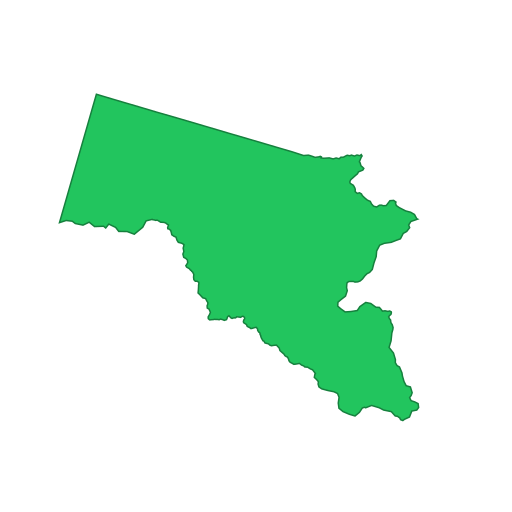 the district of Trinity, California, United States of America, rotated 106°
{"feature_id": "52423323B42866910888908", "entity_name": "Trinity", "entity_type": "district", "adm_level": 2, "iso_a3": "USA", "parent_name": "United States of America", "parent_adm1": "California", "projection": "orthographic", "projection_center": [-122.97, 40.671], "detail": "fine", "context": "isolated", "style": "filled", "palette": "green", "viewbox_px": 512, "rotation_deg": 106, "n_neighbors": 0, "source": "geoboundaries", "source_scale": "gbopen_adm2", "svg_char_len": 4594}
<svg xmlns="http://www.w3.org/2000/svg" viewBox="0 0 512 512"><g transform="rotate(106 256 256)"><path d="M249.4,365.9L249.6,365.6L249.5,364.6L249.3,363.3L249.5,362.7L249.4,362.3L249.3,362.0L249.0,361.6L248.8,360.4L249.8,357.0L249.1,353.9L249.1,352.1L249.8,350.5L250.3,348.7L252.1,348.7L252.9,348.8L254.1,348.3L254.0,347.5L254.8,345.2L256.6,344.0L258.8,342.8L259.7,340.1L259.9,338.1L262.5,336.4L264.3,334.4L264.2,330.9L264.9,328.4L266.7,328.2L268.5,328.2L271.6,326.6L274.3,326.8L277.2,325.1L277.7,322.8L278.7,320.9L281.2,319.8L283.6,320.4L284.5,320.8L285.3,320.2L285.8,319.6L286.6,316.5L287.7,315.0L287.7,314.4L288.0,313.9L288.4,313.7L288.9,312.5L290.9,310.7L293.6,310.2L295.9,309.2L297.0,307.4L296.5,305.7L297.0,303.8L298.3,303.3L299.8,303.2L301.2,302.8L304.3,302.1L307.5,301.5L308.6,299.4L310.9,295.6L310.8,292.7L312.7,291.0L314.1,289.4L315.6,289.1L317.3,289.3L319.5,288.5L320.0,286.5L322.7,284.3L324.9,284.5L327.8,285.2L329.4,284.6L330.2,282.9L329.6,281.5L328.8,279.3L328.3,278.5L328.1,277.3L327.6,275.6L327.4,273.8L326.4,272.7L326.4,270.3L326.6,268.7L325.3,266.8L323.4,266.6L322.2,266.6L320.9,265.6L321.4,264.6L322.3,263.3L322.6,261.8L322.1,261.1L321.3,259.9L321.4,259.4L321.1,258.6L320.7,258.3L319.7,257.8L319.6,256.9L319.5,256.2L319.4,255.7L319.3,255.1L319.2,253.9L317.9,252.7L317.5,251.9L318.1,250.3L318.8,249.8L319.8,249.6L320.7,250.1L322.4,250.1L323.5,249.5L323.9,248.2L324.5,246.3L326.1,245.0L326.6,242.3L327.2,240.9L326.6,239.7L325.4,237.9L324.5,236.1L325.7,234.4L327.0,233.9L328.4,232.4L328.4,231.8L329.1,230.9L330.4,230.4L331.2,229.5L332.2,229.1L333.5,228.1L335.6,225.9L335.5,225.3L336.0,224.5L337.1,223.5L337.1,221.9L337.0,219.8L337.9,218.0L338.0,216.4L336.9,214.1L336.0,211.7L336.8,210.5L338.0,208.4L340.3,206.9L341.7,204.0L342.7,201.9L343.8,200.8L344.4,199.0L344.4,198.0L345.8,196.6L347.6,195.4L348.4,194.5L348.8,193.6L349.1,192.1L349.7,189.8L349.0,188.1L347.3,184.6L348.3,182.1L348.5,179.8L349.2,178.7L348.9,176.8L348.6,175.8L349.3,173.5L349.7,171.6L349.7,170.3L350.1,169.9L351.0,168.6L352.2,167.1L352.7,166.5L353.3,166.8L356.6,166.5L357.9,164.0L359.6,161.4L362.0,161.0L364.5,159.4L365.6,156.2L365.5,149.8L365.0,143.7L365.7,139.7L369.0,137.2L374.7,136.4L379.5,134.3L381.6,129.4L382.4,122.8L382.5,116.7L377.8,113.5L372.8,111.9L371.5,110.0L371.7,108.8L367.8,103.7L367.9,95.8L368.9,90.8L368.3,83.0L371.4,78.1L371.1,75.8L372.1,73.1L373.5,71.9L373.7,69.5L372.1,68.3L368.5,64.1L362.1,63.5L359.8,59.0L356.8,57.9L353.2,59.5L352.5,63.2L352.3,67.1L349.8,69.3L347.3,68.4L344.4,68.2L339.3,71.5L339.3,75.9L335.9,79.1L331.1,82.1L328.1,83.5L323.1,87.5L322.5,90.2L320.1,92.7L317.2,93.4L311.4,97.1L307.2,102.9L300.3,102.8L292.5,104.2L289.1,104.2L287.0,104.5L284.5,106.1L282.8,108.0L280.4,109.0L279.4,110.5L277.9,111.7L276.4,111.2L275.0,110.2L273.3,110.2L272.4,110.6L272.0,112.3L272.9,114.0L273.1,116.8L274.1,119.3L272.4,121.7L271.4,123.3L272.2,126.6L270.0,132.6L270.4,137.7L276.0,142.2L280.5,143.6L283.2,149.4L285.2,154.9L283.4,159.9L281.7,163.6L277.9,164.5L274.8,162.5L269.9,158.9L264.2,158.7L261.5,160.2L257.8,161.0L256.8,161.1L255.0,159.9L254.3,157.8L253.6,155.4L253.8,153.7L252.8,151.0L251.3,149.0L248.7,147.3L245.1,145.9L242.4,144.4L240.5,142.3L236.9,140.5L230.0,140.7L223.5,140.3L217.9,141.4L211.5,140.1L208.4,136.1L205.6,129.8L202.6,125.9L199.7,121.9L193.7,120.7L190.9,117.9L186.4,116.1L184.1,117.8L180.1,116.6L177.3,112.6L176.0,110.8L175.8,111.8L172.4,115.1L171.3,119.4L171.4,124.7L170.0,131.7L168.8,135.1L166.5,136.6L165.6,136.3L164.6,139.0L165.9,142.5L171.6,144.7L172.6,147.5L172.5,149.4L172.8,150.4L173.2,151.4L175.6,153.5L175.7,156.7L174.1,159.3L172.0,161.2L171.6,164.3L170.0,167.9L168.6,170.5L167.3,171.7L166.7,173.9L167.9,175.9L166.8,178.4L164.5,179.0L163.3,179.8L161.2,181.9L160.2,185.4L159.0,186.3L156.6,186.0L151.7,182.9L149.0,181.1L146.9,180.7L144.0,177.0L142.1,176.5L141.1,178.3L140.3,180.0L137.7,181.6L137.0,182.6L132.3,182.1L130.6,181.6L129.5,182.8L130.9,183.7L131.1,186.8L132.8,188.9L132.7,192.1L133.8,193.5L134.0,196.1L134.7,196.9L137.0,199.3L137.6,201.6L139.6,202.9L139.7,206.0L141.4,208.6L141.5,212.6L142.8,216.2L143.5,218.3L143.7,220.6L142.7,220.5L142.5,221.8L143.2,222.5L144.9,226.4L144.7,228.9L144.6,231.4L144.6,233.4L145.6,236.1L146.3,237.9L145.9,249.4L145.8,265.9L145.7,278.7L145.6,294.6L145.5,317.0L145.3,340.5L145.1,370.4L145.1,391.2L144.9,409.3L144.8,425.7L144.7,437.7L144.6,446.9L144.5,454.0L278.1,454.1L274.2,448.3L273.2,442.2L274.6,438.7L274.0,430.8L269.5,425.7L272.2,419.3L269.4,410.7L270.5,408.2L265.9,406.3L267.2,398.8L270.2,394.7L268.0,386.6L268.6,379.0L259.6,372.8L252.5,371.3L249.4,365.9Z" fill="#22c55e" stroke="#15803d" stroke-width="1.5"/></g></svg>